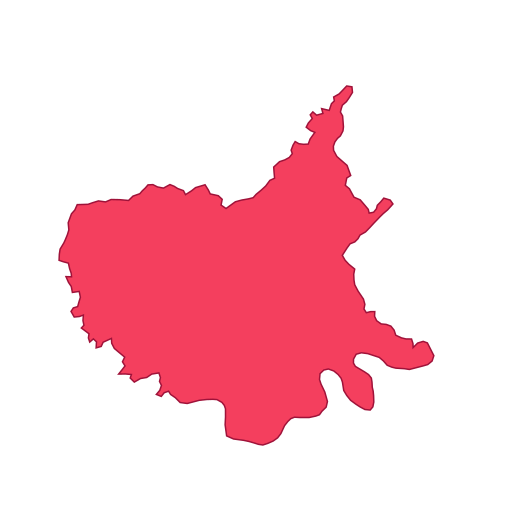 outline of Dois Vizinhos, Paraná, Brazil, rotated 101°
{"feature_id": "56859067B29703429785729", "entity_name": "Dois Vizinhos", "entity_type": "district", "adm_level": 2, "iso_a3": "BRA", "parent_name": "Brazil", "parent_adm1": "Paraná", "projection": "natural_earth1", "projection_center": [-53.086, -25.743], "detail": "fine", "context": "isolated", "style": "filled", "palette": "rose", "viewbox_px": 512, "rotation_deg": 101, "n_neighbors": 0, "source": "geoboundaries", "source_scale": "gbopen_adm2", "svg_char_len": 3585}
<svg xmlns="http://www.w3.org/2000/svg" viewBox="0 0 512 512"><g transform="rotate(101 256 256)"><path d="M71.6,194.1L71.8,199.4L81.0,205.3L85.1,210.1L88.8,208.7L92.1,211.0L99.1,211.9L98.8,219.7L103.3,217.5L106.2,223.4L103.7,227.7L107.1,229.7L110.3,227.0L115.5,230.0L120.0,231.3L122.5,226.3L123.4,221.8L130.8,225.2L136.2,226.1L137.3,230.7L137.6,235.3L136.2,239.4L140.1,240.8L145.4,241.7L148.6,239.9L152.9,242.1L156.2,246.1L158.9,250.9L165.3,255.6L170.9,254.1L176.1,252.6L179.1,256.8L185.4,259.8L190.3,263.4L195.4,267.6L199.3,269.9L201.4,274.4L203.8,280.7L206.7,286.6L215.1,294.5L212.7,300.0L206.8,300.0L204.0,304.5L203.8,312.8L200.4,315.3L195.8,319.6L200.4,328.4L204.3,331.7L209.2,336.9L205.7,339.7L204.7,345.8L203.2,349.6L202.3,354.1L207.0,359.8L207.0,365.9L205.6,370.8L206.8,375.6L210.3,377.6L213.8,380.1L217.0,381.9L220.7,388.2L225.8,391.7L226.7,400.4L228.2,409.0L231.6,414.0L232.0,421.2L235.0,426.8L237.3,430.7L239.7,441.3L245.4,442.6L249.8,445.2L259.2,446.7L266.1,444.7L271.0,445.2L276.5,446.3L279.8,447.1L286.6,449.6L291.7,449.4L297.8,448.5L298.4,444.2L298.8,438.8L304.1,436.5L308.2,434.1L311.6,433.1L312.5,438.6L317.7,435.0L321.2,431.5L326.8,429.3L324.5,422.8L330.0,420.5L335.6,421.1L339.7,421.4L341.8,425.4L345.7,427.0L350.6,422.8L349.1,417.8L346.9,414.2L352.5,413.5L356.8,411.7L360.0,413.7L362.0,409.6L364.2,405.1L368.4,404.9L372.2,402.8L368.4,399.8L370.7,396.2L376.7,395.4L374.3,390.7L369.8,389.6L364.5,382.2L369.2,381.0L373.8,377.4L376.7,372.2L380.3,365.6L385.3,366.9L388.9,363.6L393.9,366.1L398.1,368.3L396.7,361.6L396.1,355.7L399.8,356.2L403.0,351.4L398.3,346.0L396.1,340.1L391.8,335.8L389.3,329.0L393.6,326.6L397.5,326.8L401.1,324.1L406.2,324.8L410.9,327.4L411.9,322.2L407.7,320.0L405.4,316.0L408.2,313.4L410.5,308.1L414.3,302.5L413.9,295.4L408.5,284.2L406.2,276.8L404.9,271.0L404.4,266.9L406.2,261.5L408.7,258.6L411.8,256.8L419.9,255.2L427.6,254.1L438.2,250.5L439.9,243.1L439.3,233.1L439.4,227.5L439.9,222.0L440.4,217.7L440.2,213.2L437.7,208.7L434.4,203.9L430.4,200.1L425.6,197.7L417.1,195.6L412.4,193.2L409.1,190.9L406.9,187.5L406.2,182.3L404.4,173.0L401.7,166.7L399.7,163.4L395.9,161.7L391.0,158.3L385.2,158.1L376.4,162.5L369.4,167.7L365.1,170.1L359.3,170.7L355.0,167.7L353.1,163.4L354.0,157.7L356.7,152.7L359.8,149.1L363.3,147.1L371.3,144.2L375.6,140.3L379.6,135.6L382.4,129.7L384.3,125.0L385.9,119.8L385.4,114.5L381.8,112.5L376.9,112.5L370.7,113.9L366.3,115.2L362.7,116.8L357.6,118.1L353.8,119.5L350.9,122.9L349.0,127.4L345.4,137.4L342.5,139.9L338.6,140.6L333.3,138.9L330.9,134.1L330.5,127.6L332.0,115.7L334.7,110.9L338.2,106.4L339.2,101.5L339.4,97.4L338.3,88.8L338.1,83.8L331.9,70.8L329.8,66.7L325.5,63.1L319.9,62.4L308.6,71.2L307.9,75.6L310.6,80.7L315.9,84.3L312.0,85.2L307.8,87.5L308.8,92.9L308.6,97.6L307.1,103.7L302.4,106.3L299.1,110.2L298.3,115.1L298.8,120.2L296.5,125.2L292.6,128.1L287.9,128.8L288.7,132.8L290.6,136.9L287.4,139.9L282.7,139.9L277.8,142.3L271.0,149.1L265.4,153.6L261.0,155.2L255.2,156.6L250.0,156.6L246.4,163.3L243.2,167.7L238.9,171.4L230.6,168.1L226.1,166.0L223.3,161.7L219.6,159.2L215.6,157.9L211.5,153.1L206.8,150.0L201.3,146.6L194.0,141.9L190.1,139.2L185.6,135.6L178.8,131.5L175.5,134.9L174.8,141.6L179.0,143.9L183.1,146.6L186.7,146.8L190.6,148.9L192.3,153.1L188.8,154.7L185.3,159.0L181.0,164.4L179.6,171.0L176.5,173.6L172.2,177.1L169.6,181.8L162.1,181.8L158.9,178.4L149.7,183.9L142.9,195.6L137.5,200.0L133.4,201.0L128.9,200.3L124.9,198.4L122.0,196.1L116.6,194.5L112.5,194.8L106.3,196.5L102.0,197.7L98.6,200.6L94.9,200.4L91.5,200.0L87.3,196.7L83.0,194.8L77.0,192.5L71.6,194.1Z" fill="#f43f5e" stroke="#9f1239" stroke-width="1.5"/></g></svg>